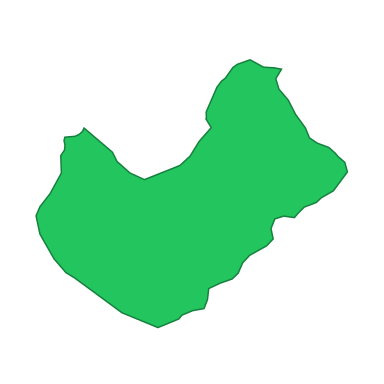 the border of Zoundwéogo, rotated 278°
{"feature_id": "BFA-2831", "entity_name": "Zoundwéogo", "entity_type": "Province", "adm_level": 1, "iso_a3": "BFA", "parent_name": "Burkina Faso", "parent_adm1": "", "projection": "natural_earth1", "projection_center": [-0.901, 11.547], "detail": "fine", "context": "isolated", "style": "filled", "palette": "green", "viewbox_px": 384, "rotation_deg": 278, "n_neighbors": 0, "source": "natural_earth", "source_scale": "10m", "svg_char_len": 1031}
<svg xmlns="http://www.w3.org/2000/svg" viewBox="0 0 384 384"><g transform="rotate(278 192 192)"><path d="M209.8,57.0L215.8,59.9L220.6,59.7L225.2,58.1L228.6,58.5L230.9,68.5L233.4,72.3L236.7,75.1L240.3,76.2L220.3,107.7L211.8,113.5L202.2,127.9L197.6,143.1L216.7,176.5L227.3,185.1L243.2,192.1L258.4,202.1L266.4,195.6L267.1,196.0L273.2,194.9L299.2,202.1L305.8,205.7L309.3,209.1L321.0,215.2L324.8,219.2L331.0,231.1L325.6,245.4L326.4,256.3L326.1,263.5L315.8,259.2L305.9,263.8L296.3,274.6L283.3,283.7L271.2,295.4L261.9,300.8L257.8,309.2L255.1,321.4L250.2,328.7L247.7,331.3L242.6,339.2L233.5,343.1L212.9,331.9L204.3,320.9L198.9,316.5L192.7,305.3L185.7,300.0L180.9,297.0L180.9,286.2L176.9,277.8L166.8,275.3L156.8,278.9L149.2,273.5L137.3,257.9L128.8,252.0L118.0,249.0L111.5,243.9L105.5,232.3L98.7,222.0L87.5,222.3L78.2,220.1L74.6,209.2L68.6,199.1L64.5,196.7L53.0,177.1L62.7,139.4L90.4,88.0L94.6,78.4L106.6,64.7L129.1,47.3L146.7,40.9L156.4,43.5L170.6,51.7L192.6,60.0L209.8,57.0Z" fill="#22c55e" stroke="#15803d" stroke-width="1.5"/></g></svg>